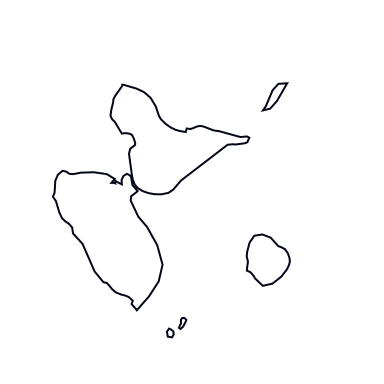 an SVG outline of Guadeloupe, rotated 337°
{"feature_id": "FRA-4603", "entity_name": "Guadeloupe", "entity_type": "Overseas department", "adm_level": 1, "iso_a3": "FRA", "parent_name": "France", "parent_adm1": "", "projection": "natural_earth1", "projection_center": [-61.48, 16.18], "detail": "fine", "context": "isolated", "style": "outline", "palette": "ink", "viewbox_px": 384, "rotation_deg": 337, "n_neighbors": 0, "source": "natural_earth", "source_scale": "10m", "svg_char_len": 2203}
<svg xmlns="http://www.w3.org/2000/svg" viewBox="0 0 384 384"><g transform="rotate(337 192 192)"><path d="M141.1,152.1L141.9,154.0L139.9,162.4L142.3,169.9L140.2,170.6L134.4,172.1L132.2,176.0L132.9,193.6L137.0,206.8L139.2,227.4L136.5,247.4L126.4,261.3L111.6,271.3L95.0,279.3L94.5,277.1L92.6,271.6L95.0,269.0L92.7,263.9L89.9,261.1L86.6,258.6L82.8,254.8L80.5,250.3L79.3,246.0L78.0,242.4L75.2,240.4L71.3,227.0L71.0,197.1L66.3,183.6L67.8,177.9L66.4,173.4L63.8,169.3L62.1,165.2L61.9,158.8L63.2,147.0L62.1,142.0L65.2,139.0L70.6,128.2L75.3,123.7L81.2,121.9L84.2,124.1L86.3,127.4L89.5,129.1L97.6,130.9L109.4,135.5L120.5,142.2L126.0,149.8L121.4,152.1L124.1,153.3L124.6,153.8L124.6,153.4L126.0,152.1L127.0,153.6L130.4,157.5L131.9,153.4L135.1,150.5L139.1,149.8L141.1,152.1ZM143.5,152.2L148.9,132.3L151.9,128.1L157.9,126.5L158.7,125.2L159.2,122.0L159.3,118.5L159.0,115.9L157.6,114.2L155.4,112.7L152.7,111.4L150.2,110.8L148.4,97.3L146.9,93.9L146.7,90.2L149.5,85.3L154.6,78.4L155.9,75.9L159.0,73.4L168.9,67.3L169.8,66.0L170.8,66.5L181.3,75.1L186.9,81.4L190.7,89.2L192.1,99.2L191.3,109.1L191.8,112.8L194.3,118.8L197.5,124.1L201.0,128.2L205.0,131.4L209.7,134.3L211.9,131.5L215.2,133.4L218.3,133.7L221.6,133.6L225.3,134.3L228.4,136.4L235.3,143.1L237.2,144.6L240.6,146.5L258.0,160.3L264.2,162.3L266.0,164.4L262.4,167.8L259.7,167.8L250.7,165.3L248.2,164.0L243.2,162.4L186.5,177.1L175.6,182.5L169.9,183.6L163.0,182.2L156.7,179.4L151.2,175.8L146.9,171.8L143.6,167.2L142.2,162.5L142.3,157.6L143.5,152.2ZM256.3,285.8L256.0,290.5L255.1,293.9L253.0,296.9L249.3,300.2L241.2,304.8L230.2,307.8L220.5,306.0L216.3,296.2L216.0,293.7L215.2,290.7L214.1,288.1L212.9,287.1L211.8,285.8L213.2,283.1L216.3,278.0L217.2,272.6L219.5,268.5L225.3,261.0L232.3,256.6L240.2,258.6L246.6,264.8L250.3,275.6L252.8,277.9L255.2,280.9L256.3,285.8ZM322.1,129.1L305.8,141.4L296.6,145.8L289.2,144.6L293.4,142.0L306.0,129.8L313.8,126.2L322.1,129.1ZM117.6,308.8L118.8,310.1L120.4,313.0L119.5,316.0L116.7,318.0L113.2,315.6L114.4,310.7L117.6,308.8ZM136.3,306.1L136.5,306.7L136.8,307.6L135.0,309.4L131.3,312.4L127.9,313.6L126.9,312.0L128.6,310.2L130.3,309.0L132.0,305.2L134.0,304.2L135.9,305.1L136.3,306.1Z" fill="none" stroke="#020617" stroke-width="2"/></g></svg>